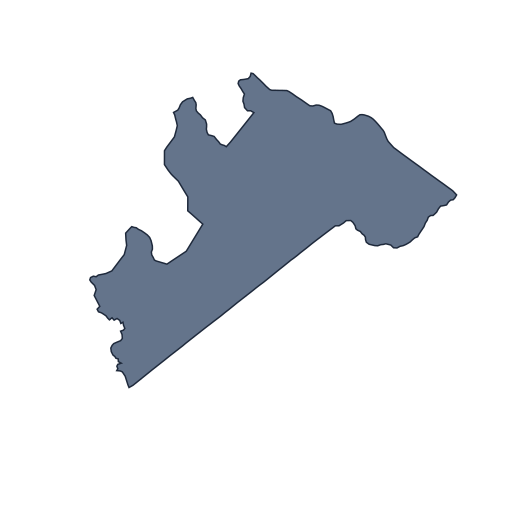 Mirassol d'Oeste, Mato Grosso, Brazil, rotated 210°
{"feature_id": "56859067B78594820692492", "entity_name": "Mirassol d'Oeste", "entity_type": "district", "adm_level": 2, "iso_a3": "BRA", "parent_name": "Brazil", "parent_adm1": "Mato Grosso", "projection": "orthographic", "projection_center": [-58.043, -15.604], "detail": "fine", "context": "isolated", "style": "filled", "palette": "slate", "viewbox_px": 512, "rotation_deg": 210, "n_neighbors": 0, "source": "geoboundaries", "source_scale": "gbopen_adm2", "svg_char_len": 3874}
<svg xmlns="http://www.w3.org/2000/svg" viewBox="0 0 512 512"><g transform="rotate(210 256 256)"><path d="M390.1,361.7L391.5,360.0L394.1,357.7L395.5,355.1L396.7,352.8L397.1,349.2L396.6,345.9L396.7,343.2L398.0,341.0L399.2,339.1L396.9,337.5L393.9,334.3L392.0,332.5L389.3,329.5L387.8,324.4L386.2,318.3L387.7,305.7L387.9,301.4L381.0,289.4L375.0,286.4L370.3,284.5L367.5,283.7L360.7,282.0L351.4,276.8L344.6,273.1L342.3,269.1L337.7,261.0L331.9,259.9L329.1,259.3L324.4,258.3L318.0,257.0L318.6,232.7L318.7,228.1L318.8,225.2L325.8,211.1L329.1,204.4L339.9,201.8L342.0,201.7L344.2,203.3L346.8,204.8L348.6,207.1L349.1,210.1L350.8,212.9L354.5,216.8L357.4,218.9L360.7,219.9L364.0,220.3L367.9,220.6L371.0,220.3L373.9,220.6L375.9,219.8L378.3,219.3L379.0,216.5L380.3,210.6L376.6,204.9L373.3,200.5L370.8,191.3L371.5,186.4L373.4,171.0L377.2,165.8L379.3,163.9L383.0,160.7L384.1,158.1L386.8,157.2L388.5,154.6L388.0,152.2L385.7,151.0L381.1,149.8L377.6,146.9L376.4,140.9L372.5,138.4L366.1,134.3L367.0,130.5L364.5,128.9L361.5,129.5L358.9,129.4L356.0,129.2L353.5,128.1L351.0,127.4L349.8,130.5L346.8,129.5L345.1,132.4L341.8,132.1L339.3,130.0L338.1,132.1L336.0,129.7L333.4,127.7L333.7,125.5L335.7,123.2L332.7,121.0L330.5,117.7L330.9,115.0L333.6,111.5L335.4,109.0L335.9,106.7L335.7,103.7L333.5,100.8L330.3,98.7L328.0,98.4L326.2,97.4L323.9,98.0L322.4,95.7L319.1,95.8L321.5,93.1L321.4,91.0L319.3,89.3L319.3,87.1L316.1,88.6L313.8,88.8L309.2,86.5L302.5,80.4L300.2,78.6L297.9,82.5L292.2,97.2L288.9,105.8L283.3,119.8L280.6,126.8L274.6,141.5L273.3,145.1L268.7,156.7L263.0,170.9L262.0,173.2L260.0,178.1L257.6,183.8L256.1,187.5L254.7,191.3L252.9,195.7L251.9,198.3L248.9,206.2L244.0,218.3L241.3,225.0L240.2,227.9L238.5,232.1L236.2,237.4L234.5,241.8L229.4,255.1L226.8,261.7L223.6,270.1L222.2,273.1L220.3,277.8L219.1,281.1L216.5,287.5L215.1,291.1L213.9,294.3L211.2,300.9L210.0,303.7L208.4,307.6L202.4,321.8L199.2,323.7L196.7,328.4L195.6,331.7L191.7,334.1L188.9,333.6L185.3,331.8L183.1,329.5L181.1,329.1L177.9,329.4L175.2,328.3L172.7,328.0L170.7,327.0L169.3,324.9L167.3,323.1L164.0,322.7L158.3,324.4L155.7,325.7L153.6,328.2L151.5,329.7L149.7,331.5L144.8,332.9L141.0,331.9L137.9,333.5L136.1,336.4L133.7,338.6L132.0,340.9L130.8,342.9L129.5,345.3L128.7,348.1L127.6,351.1L125.6,353.4L125.8,355.8L125.6,359.4L125.4,362.1L125.2,365.4L125.8,369.2L125.6,372.5L126.2,375.8L125.0,378.4L122.9,379.7L122.1,382.2L121.5,384.3L121.6,388.1L121.1,391.5L118.5,393.6L116.5,395.5L116.3,399.0L115.4,401.7L113.3,403.4L112.8,405.9L112.8,409.2L118.1,410.8L120.4,411.1L124.4,411.5L128.8,412.0L134.1,412.5L138.9,413.0L144.9,413.6L149.1,414.1L153.9,414.6L159.7,415.3L165.8,415.9L169.6,416.3L174.1,416.8L177.9,417.2L182.3,417.7L188.0,418.4L190.9,418.7L195.5,420.2L198.8,421.3L201.1,422.7L204.0,425.0L206.8,427.3L208.8,428.4L211.6,429.4L213.7,430.2L216.8,431.3L219.9,432.3L222.9,433.1L225.4,433.4L228.4,433.3L232.8,432.3L234.8,431.5L236.6,430.3L237.8,427.8L239.3,423.9L241.3,419.9L242.6,418.3L244.5,416.2L248.1,412.6L251.8,410.7L254.5,410.3L256.8,412.8L258.9,415.3L261.4,417.6L264.0,419.1L271.9,418.8L274.1,418.6L276.8,418.1L279.4,416.8L281.8,414.3L284.5,413.0L288.2,413.3L294.6,413.9L300.9,414.2L305.5,414.7L309.7,414.9L312.0,414.7L316.1,412.5L319.1,410.8L322.6,408.9L325.2,407.4L327.3,407.0L332.5,408.1L335.9,409.1L338.6,409.8L340.8,410.4L343.8,411.0L346.7,411.8L349.7,412.5L351.7,411.9L350.8,408.6L351.4,405.7L354.7,402.9L357.6,400.8L358.4,398.8L357.7,396.4L355.4,394.8L352.8,393.6L349.3,391.6L347.0,390.5L346.2,386.7L344.7,383.5L342.3,381.5L340.1,378.8L336.0,377.5L333.3,379.1L329.5,379.1L335.1,341.8L336.4,335.8L338.7,335.9L340.7,335.4L342.9,335.1L345.6,336.3L348.3,337.1L352.0,338.6L354.8,338.0L357.8,337.1L360.1,338.5L362.4,341.0L363.4,343.2L364.7,345.5L367.9,348.5L371.5,349.0L374.7,350.4L377.5,350.9L380.1,351.8L381.8,353.6L383.4,357.0L384.8,358.7L387.3,360.0L390.1,361.7Z" fill="#64748b" stroke="#1e293b" stroke-width="1.5"/></g></svg>